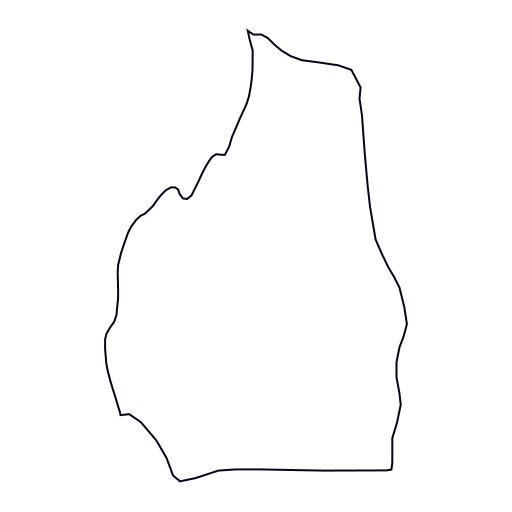 Louetsi-Bibaka, Ngounié, Gabon
{"feature_id": "22940354B39129548134605", "entity_name": "Louetsi-Bibaka", "entity_type": "district", "adm_level": 2, "iso_a3": "GAB", "parent_name": "Gabon", "parent_adm1": "Ngounié", "projection": "equal_earth", "projection_center": [12.206, -2.115], "detail": "fine", "context": "isolated", "style": "outline", "palette": "ink", "viewbox_px": 512, "rotation_deg": 0, "n_neighbors": 0, "source": "geoboundaries", "source_scale": "gbopen_adm2", "svg_char_len": 1439}
<svg xmlns="http://www.w3.org/2000/svg" viewBox="0 0 512 512"><path d="M247.8,30.7L249.7,39.7L252.7,50.5L252.5,69.9L251.7,79.3L250.7,86.9L248.9,96.6L246.7,103.6L243.9,109.8L239.7,118.9L236.5,126.5L231.9,137.2L229.1,146.7L224.9,154.8L221.1,154.8L216.1,154.2L212.1,156.9L208.9,161.2L205.1,167.7L201.9,173.9L199.5,179.3L194.7,189.0L191.5,195.4L187.1,199.0L182.9,198.4L179.7,194.1L178.1,189.5L175.1,187.4L170.9,187.4L165.7,190.3L160.5,195.7L156.9,200.3L152.7,206.2L148.3,210.5L144.7,213.8L140.7,215.7L136.1,220.0L131.1,226.7L128.1,232.6L125.1,241.0L121.1,252.8L118.1,265.0L117.7,272.8L117.9,281.7L118.1,290.8L118.1,298.6L117.1,308.1L116.5,314.8L114.3,321.5L110.1,327.5L106.5,333.7L105.1,339.3L105.1,349.0L106.3,363.5L107.8,371.2L110.1,380.0L112.4,387.7L115.7,398.3L118.0,406.0L119.9,412.1L120.5,415.1L129.3,414.2L141.0,422.3L156.4,440.5L166.6,458.1L173.1,475.6L180.1,481.3L195.5,478.1L218.3,470.6L236.0,469.4L259.8,469.4L291.0,470.0L323.6,470.6L386.6,470.4L391.4,469.6L392.3,463.0L392.3,447.1L392.3,438.2L397.1,422.2L400.7,404.9L399.5,393.7L396.5,377.2L396.5,362.4L399.5,347.1L403.4,337.1L406.9,324.2L404.3,307.0L399.5,287.7L394.1,276.9L388.5,267.6L381.9,254.0L375.6,239.5L373.0,224.3L370.0,206.6L367.6,185.3L364.9,155.2L363.4,135.1L362.0,115.4L359.5,98.6L360.6,87.5L351.4,69.9L338.3,65.3L317.9,62.3L301.7,60.2L290.4,56.0L281.4,50.5L274.5,44.7L267.6,37.9L261.3,34.5L253.2,34.5L247.8,30.7Z" fill="none" stroke="#020617" stroke-width="2"/></svg>